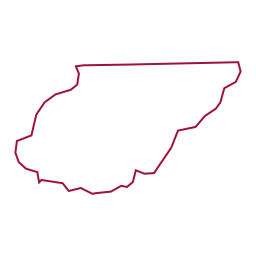 outline of Union, Florida, United States of America
{"feature_id": "52423323B15524353330478", "entity_name": "Union", "entity_type": "district", "adm_level": 2, "iso_a3": "USA", "parent_name": "United States of America", "parent_adm1": "Florida", "projection": "orthographic", "projection_center": [-82.394, 30.032], "detail": "fine", "context": "isolated", "style": "outline", "palette": "rose", "viewbox_px": 256, "rotation_deg": 0, "n_neighbors": 0, "source": "geoboundaries", "source_scale": "gbopen_adm2", "svg_char_len": 574}
<svg xmlns="http://www.w3.org/2000/svg" viewBox="0 0 256 256"><path d="M39.1,182.4L41.4,180.0L62.6,183.2L68.8,191.0L80.7,188.0L92.4,193.8L96.3,193.1L110.9,191.6L121.3,185.8L126.9,187.0L132.9,182.0L135.8,170.3L144.4,173.7L154.0,173.1L171.2,147.8L178.0,130.6L195.6,126.9L204.9,116.0L215.8,108.7L220.3,102.5L224.3,88.2L235.8,81.9L240.6,71.5L238.2,62.2L126.8,64.6L83.5,65.3L75.9,66.3L78.9,73.7L77.2,84.6L70.9,89.7L55.5,94.4L44.7,102.2L36.3,114.6L31.4,135.4L16.9,141.0L15.4,152.7L18.8,162.2L26.0,168.7L37.3,172.1L39.1,182.4Z" fill="none" stroke="#9f1239" stroke-width="2"/></svg>